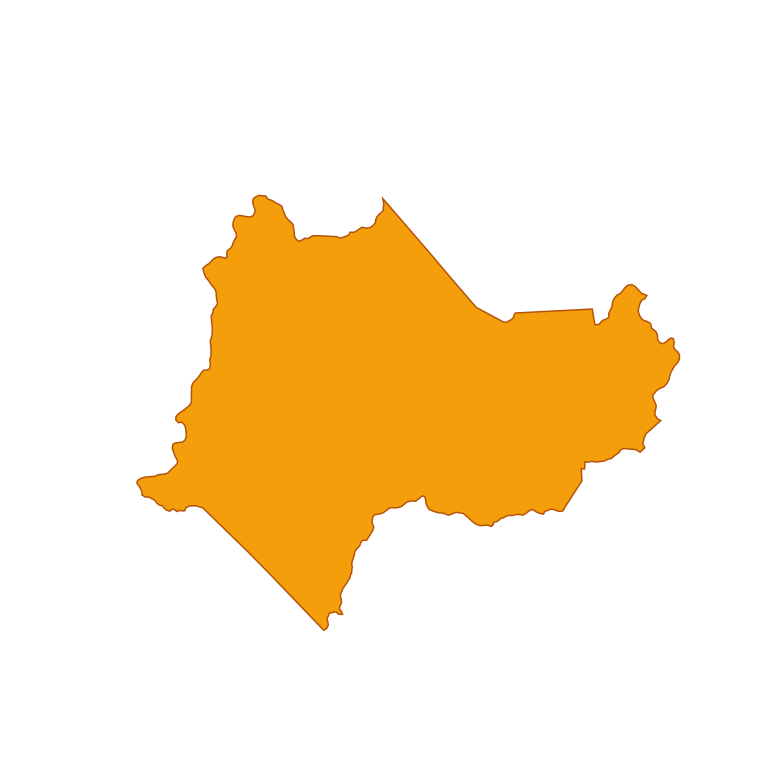 the district of Santana, Bahia, Brazil, rotated 137°
{"feature_id": "56859067B31339146866586", "entity_name": "Santana", "entity_type": "district", "adm_level": 2, "iso_a3": "BRA", "parent_name": "Brazil", "parent_adm1": "Bahia", "projection": "natural_earth1", "projection_center": [-43.941, -13.081], "detail": "fine", "context": "isolated", "style": "filled", "palette": "amber", "viewbox_px": 768, "rotation_deg": 137, "n_neighbors": 0, "source": "geoboundaries", "source_scale": "gbopen_adm2", "svg_char_len": 5115}
<svg xmlns="http://www.w3.org/2000/svg" viewBox="0 0 768 768"><g transform="rotate(137 384 384)"><path d="M138.5,290.0L142.3,290.1L146.6,289.3L149.9,289.0L152.8,290.1L155.7,289.8L158.9,289.1L162.0,287.2L164.8,284.9L168.6,283.5L171.7,282.2L174.0,279.4L177.8,280.0L180.0,281.2L182.9,281.5L186.2,280.9L189.3,283.6L180.6,296.8L237.3,344.5L239.7,346.4L242.0,345.6L244.7,344.1L247.8,344.4L250.1,345.2L252.6,345.7L254.3,347.8L255.4,350.8L256.4,353.9L264.3,377.1L262.9,413.1L261.2,448.1L258.4,520.4L261.8,515.3L264.4,513.3L266.2,511.5L268.7,511.3L271.6,511.4L275.0,511.1L277.9,509.9L279.8,508.1L283.6,507.4L287.4,507.8L290.4,509.8L293.2,513.7L297.1,514.3L299.6,514.6L302.6,515.5L305.2,518.1L308.7,517.0L311.9,518.4L316.3,520.4L318.4,524.3L330.1,536.4L332.3,538.5L335.4,541.1L337.9,541.7L340.6,542.3L342.3,544.5L346.4,545.4L349.0,546.3L349.5,550.1L348.6,553.2L346.7,555.6L344.3,558.8L341.8,562.8L341.7,566.4L342.1,570.3L341.7,574.1L340.2,577.5L339.1,580.7L337.5,584.0L338.5,587.6L339.8,590.6L340.2,593.3L341.3,595.6L342.9,598.8L342.2,602.1L344.3,604.3L346.6,607.1L350.8,608.5L353.6,608.5L355.8,606.8L357.6,603.8L359.2,599.8L361.5,597.5L365.3,596.2L368.5,598.0L370.8,600.6L372.7,603.3L375.0,606.0L377.5,607.3L379.8,607.2L383.0,605.8L385.6,603.9L387.2,601.9L388.3,598.8L389.2,595.2L391.6,592.2L394.2,591.6L398.1,590.2L401.4,588.3L404.2,588.0L407.7,588.4L410.0,586.7L411.5,584.3L414.3,584.1L416.7,588.4L420.0,590.9L423.1,591.7L425.5,591.7L429.9,591.4L433.4,592.1L437.7,592.1L439.9,587.8L441.5,584.1L441.8,579.1L442.7,573.9L442.9,568.6L444.1,565.7L445.9,563.7L448.3,560.4L451.1,556.2L454.2,555.4L457.7,555.2L459.7,553.3L464.0,551.6L466.7,548.2L468.5,545.9L470.7,542.8L473.8,539.4L476.8,536.7L479.0,535.4L481.8,533.9L484.0,530.9L485.9,528.4L488.7,525.3L491.6,522.4L494.8,520.7L496.6,518.0L498.5,516.0L501.4,514.0L504.2,515.2L506.8,517.2L509.8,516.8L514.7,515.7L518.2,515.3L520.6,515.3L523.6,514.9L526.8,513.1L529.6,510.2L531.4,508.4L533.8,505.7L536.5,502.7L538.9,501.4L541.4,501.0L544.7,501.2L548.7,501.5L551.3,502.0L554.6,502.4L558.2,502.1L560.8,499.7L560.7,495.9L558.0,494.1L557.8,490.2L559.2,487.1L561.4,484.0L564.0,480.7L567.5,478.8L570.6,478.8L573.4,480.7L576.7,483.1L579.3,483.9L582.5,481.6L584.5,477.5L586.1,473.2L587.3,468.7L589.4,466.9L592.2,466.6L594.8,466.6L598.5,466.5L603.2,466.4L607.0,468.5L610.5,471.4L614.6,472.8L617.3,475.0L621.0,477.9L623.7,479.7L626.9,481.0L630.3,481.4L632.5,479.8L632.7,476.6L633.4,473.9L634.5,470.3L636.7,467.9L635.6,463.9L633.3,462.2L632.5,459.7L631.5,457.2L630.9,454.5L631.4,451.4L630.6,448.2L629.1,446.1L629.5,443.3L629.0,440.1L627.4,437.0L624.1,437.1L622.8,434.8L622.4,431.9L619.9,431.1L618.1,428.8L616.2,427.2L613.2,428.6L609.1,427.3L606.8,425.2L604.8,423.3L603.0,420.5L601.0,417.1L597.9,353.2L597.0,317.4L597.0,313.4L596.0,244.9L592.6,244.3L589.1,245.8L587.0,248.8L585.6,251.5L582.8,252.3L580.5,253.7L577.9,252.3L574.5,250.2L574.2,246.5L571.4,243.8L570.3,246.6L570.0,249.8L567.9,251.7L564.6,252.7L562.5,255.0L561.0,257.8L559.1,260.1L556.8,260.9L554.2,262.2L551.0,263.0L548.4,263.5L543.8,264.8L541.3,265.3L539.1,267.0L536.4,268.0L534.1,270.2L532.1,271.6L530.2,274.7L527.9,276.0L525.9,277.3L522.3,279.2L519.7,281.2L516.7,282.0L512.4,282.2L509.7,283.6L506.5,284.4L503.1,281.6L500.4,282.3L495.6,283.6L492.5,284.4L489.1,286.2L487.3,290.8L485.0,292.8L482.7,294.4L479.9,294.8L476.7,292.5L473.7,290.9L470.8,290.1L467.1,289.8L464.1,289.4L461.3,286.9L459.1,284.7L455.1,282.5L450.7,282.3L447.2,281.9L443.6,279.7L440.8,276.7L436.2,276.3L432.4,276.1L431.0,273.9L432.4,271.1L434.8,267.9L435.8,265.3L436.5,261.3L434.3,256.6L432.4,253.2L429.1,249.6L426.3,244.1L422.5,242.4L418.9,241.2L417.0,238.6L414.4,235.7L413.9,231.7L413.5,228.2L413.2,224.1L412.6,219.7L411.2,216.2L409.1,213.6L406.4,212.0L404.2,209.6L402.9,206.8L400.2,206.6L398.1,208.1L395.6,206.5L392.8,206.0L390.5,206.1L387.2,204.5L384.1,203.8L382.0,202.4L380.1,200.4L377.1,198.9L374.3,196.6L371.9,193.4L368.2,192.5L364.2,192.3L361.0,191.0L359.8,186.4L358.3,183.1L356.1,180.1L353.3,181.0L350.0,179.7L347.0,178.5L345.3,176.1L343.9,173.1L342.2,170.7L339.7,169.2L335.6,170.5L332.2,171.4L307.7,177.6L305.3,178.2L297.5,187.5L295.2,185.1L290.2,190.0L287.8,187.5L284.7,185.7L282.9,183.1L280.5,181.0L277.9,179.2L275.1,177.3L271.6,176.3L268.5,174.5L263.8,174.3L261.4,173.9L258.6,173.6L256.0,174.5L252.4,173.2L249.3,169.5L246.9,166.9L244.5,164.1L243.2,159.5L236.7,159.5L235.5,163.7L231.7,166.3L229.0,167.8L226.4,168.9L206.5,168.5L207.7,171.5L207.1,176.3L204.6,179.1L202.4,180.3L199.7,182.5L198.3,186.0L196.7,190.7L194.8,192.5L192.0,192.9L189.4,193.3L186.6,192.9L183.8,192.2L181.2,191.1L177.0,191.4L172.5,192.9L170.2,194.6L166.7,196.7L163.3,197.8L159.9,198.9L154.7,199.4L151.1,200.6L147.8,204.1L147.3,207.8L147.7,210.9L146.8,213.9L143.9,216.0L141.4,219.7L142.9,222.0L145.2,222.4L149.8,222.4L152.6,223.4L154.0,225.8L153.9,228.9L152.5,231.3L150.8,233.0L149.4,236.6L150.2,242.1L147.8,246.6L149.1,250.7L150.6,253.0L151.2,256.1L150.0,260.9L148.2,264.1L145.7,265.9L143.2,267.6L140.9,268.7L138.3,269.4L134.7,268.5L131.3,269.5L132.6,272.0L133.8,274.8L133.8,278.9L133.8,284.0L135.0,287.7L138.5,290.0Z" fill="#f59e0b" stroke="#b45309" stroke-width="1.5"/></g></svg>